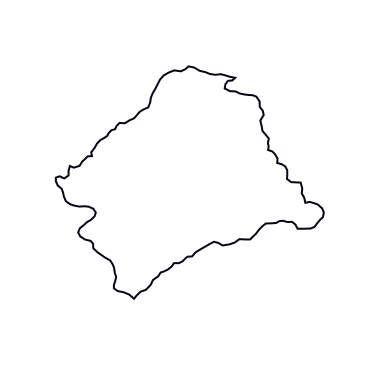 Joaçaba, Santa Catarina, Brazil, rotated 116°
{"feature_id": "56859067B91608506084294", "entity_name": "Joaçaba", "entity_type": "district", "adm_level": 2, "iso_a3": "BRA", "parent_name": "Brazil", "parent_adm1": "Santa Catarina", "projection": "orthographic", "projection_center": [-51.59, -27.141], "detail": "fine", "context": "isolated", "style": "outline", "palette": "ink", "viewbox_px": 384, "rotation_deg": 116, "n_neighbors": 0, "source": "geoboundaries", "source_scale": "gbopen_adm2", "svg_char_len": 2309}
<svg xmlns="http://www.w3.org/2000/svg" viewBox="0 0 384 384"><g transform="rotate(116 192 192)"><path d="M157.2,63.3L152.7,64.5L149.7,67.7L148.1,73.5L148.6,77.9L149.3,81.8L152.0,85.4L147.9,88.7L145.2,92.7L140.4,94.5L135.9,98.5L137.9,103.1L139.7,107.3L138.6,112.4L135.4,113.6L130.6,116.0L128.1,119.5L127.7,123.6L128.6,128.1L124.3,129.9L121.6,134.1L120.3,137.6L120.9,142.0L117.6,143.0L114.8,145.2L110.3,146.4L108.2,150.9L106.2,155.5L102.3,158.2L97.9,161.9L91.3,161.3L87.9,164.1L85.8,168.4L80.9,171.0L78.1,176.0L78.4,179.9L80.1,184.0L81.5,188.1L82.5,192.1L82.5,197.0L84.7,202.0L84.6,208.0L80.4,209.2L76.3,208.4L74.0,204.6L70.4,203.3L71.8,208.2L72.4,212.3L73.5,217.8L76.5,222.5L78.1,227.9L78.4,232.6L79.7,238.1L79.2,244.8L80.6,250.2L84.2,251.6L88.4,254.9L90.5,261.3L94.9,265.3L99.6,268.5L104.8,270.0L109.3,270.1L115.2,270.2L120.5,270.6L125.3,270.3L129.5,268.9L135.1,268.4L139.0,271.7L142.9,274.2L147.8,275.4L151.2,276.4L155.0,279.6L159.6,282.4L161.7,287.4L165.5,288.7L169.3,288.7L171.8,291.5L175.5,292.7L178.8,292.8L181.8,294.5L185.4,297.1L190.2,298.6L195.3,298.9L200.4,300.0L203.6,297.7L205.7,301.4L209.3,302.6L212.7,304.0L217.7,304.5L221.9,308.8L222.2,313.2L227.1,312.2L231.2,310.2L235.8,312.8L235.9,317.9L238.8,320.7L242.1,319.0L245.1,315.4L246.2,310.6L249.0,307.6L252.2,305.2L255.5,301.4L256.4,296.7L256.0,292.5L254.5,286.9L251.9,282.3L250.5,278.4L250.3,273.3L252.7,269.4L256.6,268.9L261.5,270.7L264.8,273.0L268.8,274.6L273.8,276.9L278.2,276.6L280.9,273.0L281.6,267.4L280.4,261.7L281.8,258.3L285.8,256.1L287.6,250.6L288.3,246.1L289.0,242.0L289.4,235.5L291.9,231.4L294.4,228.7L298.3,226.1L301.6,222.9L306.0,221.9L309.6,221.5L312.8,220.0L313.6,215.4L312.1,209.8L311.7,203.4L313.4,197.3L309.3,196.4L304.1,194.5L300.3,190.7L296.7,189.4L293.3,188.4L288.2,188.5L282.6,185.4L278.1,184.9L275.5,182.2L272.4,179.8L267.8,177.6L263.8,177.0L261.8,172.7L258.4,170.1L255.2,169.0L252.2,167.8L249.9,163.7L244.8,162.4L239.1,158.8L234.9,155.9L231.4,153.6L227.1,150.4L226.2,145.8L226.7,141.1L222.9,135.7L218.8,131.5L213.6,128.7L211.6,124.0L209.2,119.0L205.3,117.6L201.5,116.2L196.3,115.2L191.7,113.6L187.9,111.8L185.5,107.2L183.0,102.8L180.1,100.9L178.0,97.7L177.1,93.0L175.0,89.0L175.9,84.8L178.7,81.0L176.2,75.8L172.9,69.5L169.6,66.5L165.8,65.9L160.9,64.7L157.2,63.3Z" fill="none" stroke="#020617" stroke-width="2"/></g></svg>